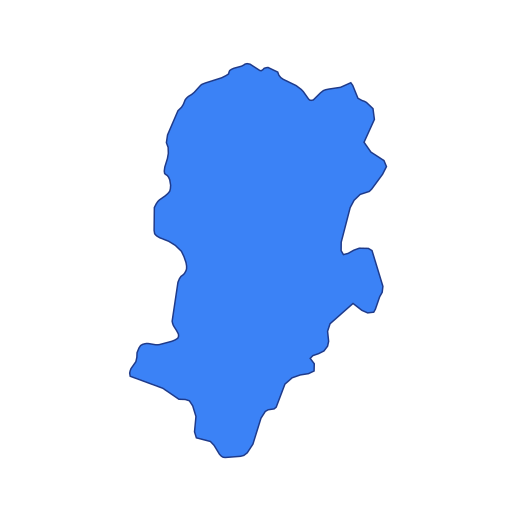 an SVG outline of Frosinone, rotated 252°
{"feature_id": "ITA-5425", "entity_name": "Frosinone", "entity_type": "Province", "adm_level": 1, "iso_a3": "ITA", "parent_name": "Italy", "parent_adm1": "", "projection": "mercator", "projection_center": [13.565, 41.628], "detail": "fine", "context": "isolated", "style": "filled", "palette": "blue", "viewbox_px": 512, "rotation_deg": 252, "n_neighbors": 0, "source": "natural_earth", "source_scale": "10m", "svg_char_len": 2427}
<svg xmlns="http://www.w3.org/2000/svg" viewBox="0 0 512 512"><g transform="rotate(252 256 256)"><path d="M225.3,368.0L187.9,367.3L182.5,364.8L179.0,361.0L168.5,353.1L166.2,350.6L167.4,344.6L171.6,339.9L180.9,333.6L168.7,305.5L162.3,300.8L152.4,298.7L148.1,296.2L144.7,291.3L143.8,285.4L143.7,279.3L141.9,275.9L135.5,278.1L128.7,275.7L127.9,269.6L129.2,261.4L129.0,252.7L125.2,243.9L106.0,228.5L105.0,226.0L106.0,220.0L105.3,216.8L100.2,210.6L78.0,194.9L71.5,186.8L70.1,182.8L70.3,179.3L73.9,164.4L74.8,162.5L76.3,161.2L78.8,160.0L88.9,157.6L93.7,155.3L101.5,143.1L107.8,143.2L121.9,149.3L133.0,149.5L138.9,147.9L141.4,144.4L143.6,138.4L159.0,126.5L180.5,99.2L183.7,99.7L185.6,100.8L187.5,102.3L192.6,109.1L196.5,111.4L200.8,113.0L204.7,116.3L206.5,118.6L207.0,120.9L206.9,123.0L206.6,125.0L205.9,126.8L202.7,132.9L202.1,134.5L201.6,136.5L200.9,149.3L201.0,151.3L201.2,153.2L201.6,155.0L202.2,156.5L203.7,157.6L205.8,158.1L209.7,157.4L214.3,156.2L216.0,155.9L218.0,155.9L219.9,156.1L255.2,173.7L258.1,176.2L259.8,178.4L260.3,180.0L260.9,181.5L261.7,182.8L262.8,184.0L264.0,185.2L265.5,186.1L267.9,186.9L271.3,187.4L277.7,187.3L283.6,186.5L291.1,182.5L297.0,177.5L303.1,170.1L305.6,167.9L307.0,167.1L308.5,166.5L311.8,167.0L333.5,174.3L336.6,177.4L338.2,179.5L339.2,181.5L341.2,188.1L342.5,191.2L343.3,192.6L344.4,194.1L346.5,195.4L349.7,196.7L355.1,197.5L358.0,197.2L360.0,196.5L361.2,195.5L362.6,194.6L365.1,195.0L368.7,196.7L376.1,201.9L380.6,204.3L386.4,206.0L391.5,205.8L398.5,209.3L418.3,226.7L420.5,231.2L422.7,233.8L426.4,236.9L427.3,238.2L428.1,239.7L428.7,241.2L429.5,244.7L430.7,247.8L435.5,256.2L436.0,257.8L436.2,261.5L436.1,278.4L436.8,283.1L437.6,286.1L439.4,287.3L440.5,288.3L441.1,290.3L441.4,293.0L441.0,300.9L441.4,303.3L441.9,304.9L441.7,307.0L440.3,309.6L431.2,317.0L430.6,318.2L431.1,320.2L432.0,321.8L431.9,324.0L431.6,325.7L424.2,333.5L420.9,333.6L418.0,334.7L415.6,336.5L405.8,346.7L405.0,347.3L400.4,350.5L397.7,351.8L389.0,354.5L387.6,355.3L386.9,356.8L386.7,358.7L391.3,367.9L392.5,371.2L392.6,373.7L392.2,377.1L390.3,388.5L391.5,399.7L388.4,400.7L374.5,401.7L371.1,404.9L369.6,406.9L367.9,408.5L360.0,412.8L349.3,410.8L330.8,393.9L319.3,397.4L307.2,407.2L300.7,407.7L294.6,401.6L283.9,386.7L282.4,383.7L282.4,374.1L278.7,366.5L272.9,360.5L242.8,341.3L234.8,338.6L230.3,339.6L230.0,344.4L231.3,350.8L231.5,356.6L228.5,365.2L225.3,368.0Z" fill="#3b82f6" stroke="#1e3a8a" stroke-width="1.5"/></g></svg>